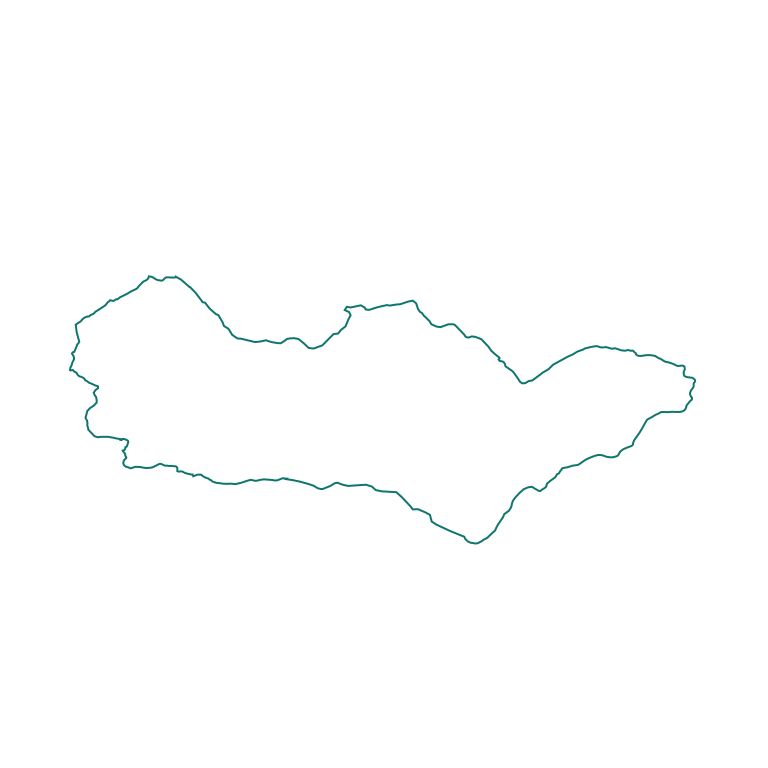 outline of Palestina, Huila, Colombia, rotated 250°
{"feature_id": "7082276B12666092596275", "entity_name": "Palestina", "entity_type": "district", "adm_level": 2, "iso_a3": "COL", "parent_name": "Colombia", "parent_adm1": "Huila", "projection": "equal_earth", "projection_center": [-76.155, 1.674], "detail": "fine", "context": "isolated", "style": "outline", "palette": "teal", "viewbox_px": 768, "rotation_deg": 250, "n_neighbors": 0, "source": "geoboundaries", "source_scale": "gbopen_adm2", "svg_char_len": 6144}
<svg xmlns="http://www.w3.org/2000/svg" viewBox="0 0 768 768"><g transform="rotate(250 384 384)"><path d="M565.6,199.8L564.5,199.1L563.6,198.2L562.8,196.1L562.8,194.3L562.3,192.1L559.7,186.9L558.2,184.5L557.7,180.7L557.7,179.1L556.6,173.4L555.8,165.8L554.8,162.5L555.2,161.3L554.7,159.4L554.7,157.8L555.8,156.4L556.4,155.2L555.8,154.5L555.5,153.1L555.0,151.8L553.7,149.9L553.0,148.2L550.5,137.3L549.6,135.8L549.2,134.4L549.2,132.2L548.4,129.9L548.9,128.1L548.8,125.0L547.7,122.2L546.8,121.0L545.2,114.6L537.6,112.9L527.9,112.1L526.5,110.3L526.1,109.3L524.5,108.0L520.1,103.9L520.2,102.2L519.3,101.2L516.8,101.7L515.2,101.8L513.2,101.1L510.9,98.6L508.4,96.8L506.3,94.6L504.3,93.7L503.9,94.2L503.7,96.2L501.2,97.5L500.6,98.2L499.7,98.9L497.6,99.2L496.3,99.8L495.3,100.5L494.3,102.0L492.4,103.7L490.7,104.5L489.8,104.5L489.4,104.8L488.7,105.5L485.6,107.7L484.5,109.1L481.4,112.2L479.6,114.4L477.8,113.8L477.0,110.8L475.0,108.2L472.3,108.4L470.1,109.0L466.8,108.4L464.7,107.5L462.9,103.8L461.9,99.5L460.1,96.0L454.2,91.9L451.3,92.4L448.8,92.0L446.5,91.0L443.7,90.9L442.2,90.5L434.0,94.1L431.9,96.7L431.3,99.3L430.7,101.4L428.6,107.0L426.5,110.5L426.0,111.6L424.9,113.0L423.4,115.6L422.5,117.3L422.0,116.9L421.7,117.0L421.1,118.4L421.8,119.5L421.7,120.0L420.7,121.7L419.7,122.7L418.4,123.9L417.1,124.0L413.4,121.1L413.1,120.5L413.1,119.4L411.6,118.6L410.8,117.5L410.8,115.7L409.7,115.9L407.5,116.7L406.7,116.8L405.2,116.4L403.7,116.7L402.9,116.7L402.4,116.0L401.9,114.7L400.7,113.1L399.0,112.0L397.0,111.8L394.7,113.0L393.1,115.3L391.7,116.6L391.4,117.3L391.2,122.1L389.4,126.5L387.6,129.4L386.4,131.8L385.1,136.1L384.9,138.7L385.7,145.3L385.5,146.5L384.9,147.5L382.9,149.4L382.1,150.4L381.6,152.0L380.2,154.5L380.0,155.7L379.4,157.0L377.7,160.3L377.3,160.7L375.5,161.1L373.9,160.3L372.9,160.0L372.2,160.6L371.7,161.6L371.4,163.2L370.9,164.4L368.4,166.6L367.8,167.4L364.6,172.4L364.4,173.2L362.5,173.2L362.6,176.3L362.5,177.9L362.3,178.7L361.3,181.2L359.5,182.2L357.4,183.9L355.0,186.8L353.8,187.4L352.7,188.6L350.9,189.6L348.5,192.6L346.7,196.2L345.3,198.8L343.8,202.5L342.7,206.1L340.7,210.2L340.0,216.3L339.9,221.3L339.6,225.7L338.5,227.8L337.9,228.5L336.9,230.3L336.4,232.8L336.4,234.0L335.7,237.7L335.1,239.5L334.2,241.3L332.7,244.8L330.8,248.3L330.2,249.8L330.0,251.3L330.1,256.5L329.6,257.6L329.2,258.2L328.4,260.1L328.1,259.5L324.0,266.9L323.1,268.2L321.3,271.2L315.8,278.9L312.9,282.6L311.7,283.8L309.9,285.0L308.4,286.5L306.7,289.1L306.3,290.5L306.5,297.4L306.7,299.6L307.6,303.4L307.2,306.4L303.5,310.7L300.5,315.4L295.5,332.7L291.7,337.6L287.1,340.0L283.9,345.2L278.1,358.6L271.3,362.2L260.3,366.9L256.3,368.2L254.8,373.0L248.9,379.3L245.3,382.4L238.4,381.8L234.0,385.1L223.4,395.7L213.0,407.2L210.7,407.3L207.2,409.1L205.6,410.6L204.9,411.7L202.9,415.3L202.4,417.2L202.4,418.5L202.8,421.7L203.2,423.3L203.5,423.8L204.1,428.4L207.0,434.9L208.3,438.3L210.6,440.4L213.2,443.4L218.0,450.1L220.6,452.6L222.2,458.0L223.9,460.4L225.9,462.2L227.5,463.1L230.2,465.2L232.7,469.0L235.7,475.0L237.4,479.5L237.6,484.1L236.9,487.5L236.1,488.5L234.4,489.7L230.8,492.8L230.2,493.6L230.0,494.4L230.7,496.1L230.9,497.7L231.7,500.7L232.7,501.9L233.7,502.2L234.6,503.1L236.0,506.8L237.5,512.1L238.2,513.7L239.0,514.6L239.7,515.2L240.0,515.7L240.2,517.7L240.8,518.6L241.4,519.1L241.7,519.6L242.0,520.0L242.7,521.5L243.3,521.8L243.7,522.3L243.8,523.8L243.0,527.8L242.8,533.0L242.3,535.5L242.0,536.6L241.7,538.6L241.9,540.1L243.9,547.5L244.3,552.0L244.4,557.7L244.0,561.2L242.5,564.6L239.4,568.4L237.8,571.3L236.9,573.9L236.5,577.8L236.8,579.2L237.2,580.0L239.4,582.4L240.0,583.7L240.5,585.1L240.9,587.0L241.1,590.5L241.1,595.2L241.4,596.3L242.1,597.3L243.4,597.9L245.7,600.0L250.7,607.3L253.1,610.3L259.8,618.1L260.6,619.6L261.2,623.8L262.2,629.0L262.3,631.5L262.8,634.8L262.3,636.6L260.3,641.5L259.2,645.8L258.6,646.8L256.8,651.7L256.3,653.7L256.2,655.7L256.5,657.0L256.9,658.0L257.7,659.0L259.1,660.3L259.7,660.4L260.3,660.9L263.2,665.7L264.0,667.7L264.4,668.2L265.7,668.7L267.5,668.1L269.5,668.1L270.8,668.4L272.7,670.0L275.1,673.5L276.3,674.4L277.8,674.8L278.4,675.1L278.9,675.6L279.8,677.0L280.5,677.4L281.9,677.5L283.3,676.7L284.4,675.8L286.9,671.0L288.1,669.6L288.9,669.0L290.4,669.0L292.6,669.6L294.9,671.6L295.9,672.0L297.4,672.2L298.0,672.1L298.7,671.5L299.5,670.0L300.3,666.6L301.0,665.4L303.7,662.9L306.0,660.1L307.1,658.6L309.0,655.6L313.3,652.3L314.3,650.9L317.6,648.4L318.0,647.8L319.7,644.8L320.6,642.7L321.5,639.8L321.9,638.2L322.0,636.9L322.6,634.8L323.3,633.0L324.1,632.0L325.2,631.1L326.2,631.0L326.6,631.2L327.9,630.4L329.3,629.8L330.2,629.2L330.7,627.8L331.0,626.9L332.3,625.3L332.5,624.7L332.8,622.0L334.4,618.6L338.5,613.5L339.2,610.1L342.7,605.4L343.4,602.6L344.3,600.1L346.8,597.0L347.5,594.2L348.1,590.2L348.7,585.0L348.3,583.0L348.3,576.7L347.2,571.4L346.8,565.8L344.3,549.5L341.6,543.6L340.5,537.5L336.6,524.7L337.3,521.0L336.5,517.1L337.3,514.2L339.4,512.6L345.2,511.3L351.8,509.3L359.1,504.2L361.7,504.5L363.9,503.8L365.2,502.3L365.8,500.9L366.9,500.2L367.9,500.1L368.4,501.2L369.1,501.5L375.4,497.8L378.7,496.1L383.4,494.9L392.6,490.9L394.5,489.0L397.1,485.8L398.7,482.8L398.7,479.2L400.2,477.0L401.4,476.6L402.7,476.4L415.5,470.7L416.7,468.9L418.1,465.0L418.1,456.6L420.0,453.0L424.0,448.9L427.4,448.3L432.3,446.0L434.6,444.8L437.6,444.0L439.7,442.4L443.0,441.6L448.8,441.8L452.5,439.5L453.2,434.7L453.4,426.5L454.6,422.2L455.7,416.2L457.1,413.9L457.8,409.2L458.5,402.3L458.7,395.6L460.2,392.4L462.6,391.9L465.9,389.0L467.3,378.9L469.2,375.5L466.9,372.4L463.5,375.8L460.0,376.1L456.7,372.5L451.3,367.5L449.5,362.0L447.1,358.1L448.2,353.7L441.4,339.3L441.4,329.9L443.6,325.6L449.4,322.7L455.6,319.0L457.9,315.0L459.1,310.8L459.5,308.2L458.7,305.9L457.6,300.9L458.9,297.8L461.9,292.6L465.5,287.9L466.3,281.9L467.5,277.2L475.5,265.1L476.9,261.9L482.0,258.2L489.1,256.7L493.2,253.5L497.5,253.4L505.4,251.9L507.2,249.9L514.6,245.9L521.6,243.7L522.9,241.5L525.0,241.0L534.0,238.2L541.4,234.9L541.6,234.4L551.5,229.0L556.1,225.0L555.6,224.6L556.0,222.5L558.2,217.3L558.6,216.1L558.6,214.9L557.1,211.5L557.3,210.0L559.1,206.9L560.2,205.6L563.3,203.3L564.3,202.1L565.6,199.8Z" fill="none" stroke="#0f766e" stroke-width="2"/></g></svg>